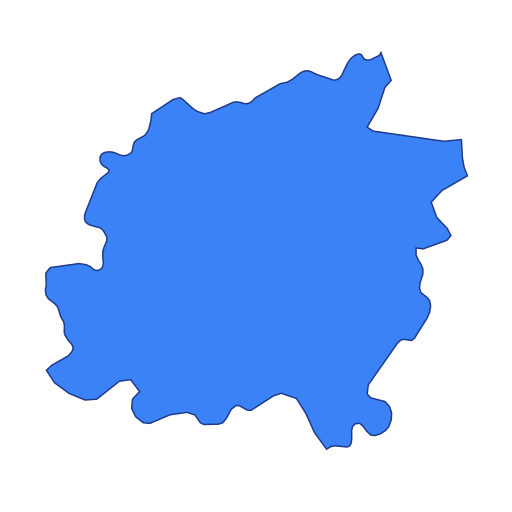 Lot-et-Garonne, Mercator projection, rotated 177°
{"feature_id": "FRA-5319", "entity_name": "Lot-et-Garonne", "entity_type": "Metropolitan department", "adm_level": 1, "iso_a3": "FRA", "parent_name": "France", "parent_adm1": "", "projection": "mercator", "projection_center": [0.533, 44.365], "detail": "fine", "context": "isolated", "style": "filled", "palette": "blue", "viewbox_px": 512, "rotation_deg": 177, "n_neighbors": 0, "source": "natural_earth", "source_scale": "10m", "svg_char_len": 2610}
<svg xmlns="http://www.w3.org/2000/svg" viewBox="0 0 512 512"><g transform="rotate(177 256 256)"><path d="M44.8,361.5L44.7,342.6L43.5,333.7L40.7,325.0L67.0,311.6L78.2,300.6L73.5,285.1L63.5,273.4L60.3,266.1L64.4,261.8L88.7,254.4L95.7,255.7L96.1,248.6L94.3,243.7L91.8,239.4L90.0,234.1L90.3,229.2L93.8,219.9L94.4,215.1L93.1,210.7L87.5,205.8L85.1,202.7L84.2,197.0L85.5,190.9L88.3,185.2L102.2,165.4L105.1,163.5L112.5,165.0L115.9,164.5L119.4,161.4L150.6,121.5L152.2,112.5L149.0,108.4L134.8,103.9L130.5,98.6L128.8,92.2L129.5,85.3L132.4,78.5L136.0,74.8L141.2,71.9L146.5,70.5L150.8,71.2L154.5,75.1L157.7,80.0L161.3,83.6L166.0,83.1L168.6,80.4L169.6,76.8L170.0,68.0L170.9,63.7L172.6,61.3L175.1,60.5L187.0,62.3L191.1,61.8L195.6,59.4L206.8,76.5L214.3,95.9L223.1,111.6L237.9,117.6L245.7,115.5L269.1,102.1L272.9,102.6L280.3,107.3L283.7,107.7L288.6,104.4L294.3,95.1L298.1,91.1L302.7,90.0L317.0,90.5L320.4,92.5L325.3,100.4L332.9,103.5L350.3,101.9L370.7,94.4L377.4,95.4L384.6,101.8L388.2,110.5L386.8,119.5L379.3,126.7L387.7,139.1L399.0,138.1L422.5,121.4L434.2,121.1L449.9,128.6L463.9,140.0L471.3,152.8L465.8,157.5L448.6,166.2L444.7,170.3L443.4,173.5L444.1,176.2L445.2,178.2L447.5,181.1L449.4,184.2L450.9,187.0L451.5,189.5L451.0,196.6L451.4,199.8L452.3,202.1L453.6,204.3L454.6,207.0L456.0,213.2L457.3,216.3L459.6,219.0L465.5,224.1L467.8,228.3L468.1,233.1L467.0,237.8L466.8,249.8L466.7,250.0L462.1,255.2L433.2,257.7L426.1,256.2L421.7,253.9L419.4,251.3L415.7,249.7L412.6,250.4L410.1,252.5L409.0,255.5L408.8,258.8L409.0,262.1L409.0,265.3L408.7,268.4L407.7,271.7L404.2,279.1L403.9,282.5L406.4,288.0L408.0,290.5L410.4,292.3L419.5,295.3L422.2,296.8L424.5,299.0L425.3,302.1L425.1,305.3L424.0,308.6L410.7,337.6L406.8,341.7L398.7,347.5L398.4,350.0L400.2,351.6L403.0,353.3L405.4,355.6L406.7,358.8L406.6,362.9L404.9,365.7L402.2,367.2L399.0,367.7L395.9,367.6L392.6,366.9L386.6,364.0L383.4,363.1L380.0,363.2L376.1,365.0L374.5,366.6L373.6,369.4L373.0,372.4L371.5,376.2L368.8,378.4L361.1,382.0L358.6,384.7L356.5,388.1L354.3,395.2L353.6,398.0L352.7,403.6L330.7,416.6L323.4,418.1L320.9,416.2L310.9,406.2L307.0,403.4L299.9,400.7L294.3,401.7L270.3,410.8L267.2,410.9L264.0,410.3L258.9,408.5L255.3,408.8L251.6,410.8L248.6,413.9L222.9,426.8L215.7,427.9L210.6,430.5L201.5,436.9L197.8,438.2L194.5,438.3L192.1,437.5L185.4,433.9L168.8,427.4L165.3,428.1L162.4,430.1L160.5,432.7L155.2,442.6L153.0,445.9L150.2,448.9L146.0,451.7L142.7,452.4L140.3,451.6L137.7,447.0L134.3,445.7L131.5,446.0L122.2,449.9L120.6,452.6L111.8,424.3L118.4,417.7L126.4,397.0L138.3,378.8L132.4,374.6L62.3,360.7L44.8,361.5Z" fill="#3b82f6" stroke="#1e3a8a" stroke-width="1.5"/></g></svg>